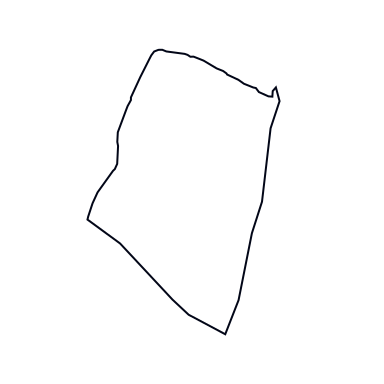 Dorra, Tadjourah, Djibouti, rotated 345°
{"feature_id": "41766387B22586556456338", "entity_name": "Dorra", "entity_type": "district", "adm_level": 2, "iso_a3": "DJI", "parent_name": "Djibouti", "parent_adm1": "Tadjourah", "projection": "orthographic", "projection_center": [42.487, 12.202], "detail": "fine", "context": "isolated", "style": "outline", "palette": "ink", "viewbox_px": 384, "rotation_deg": 345, "n_neighbors": 0, "source": "geoboundaries", "source_scale": "gbopen_adm2", "svg_char_len": 776}
<svg xmlns="http://www.w3.org/2000/svg" viewBox="0 0 384 384"><g transform="rotate(345 192 192)"><path d="M300.1,112.7L296.1,115.4L294.3,120.7L290.6,119.4L282.5,112.8L280.6,108.1L278.2,106.9L274.9,104.4L270.2,100.9L265.9,95.7L256.3,87.6L256.0,86.4L253.4,83.2L247.8,79.0L237.2,68.1L233.9,65.6L228.6,61.7L225.4,60.9L223.2,58.4L220.7,56.7L203.6,49.6L200.2,47.0L196.4,46.0L191.8,46.5L188.0,49.5L185.1,52.7L171.8,67.6L157.5,84.8L156.8,87.4L152.0,92.4L149.1,96.4L135.8,115.1L132.8,124.3L132.5,128.4L127.0,145.5L125.5,147.3L123.4,149.9L121.2,151.1L100.7,167.9L93.0,177.2L86.2,187.6L85.4,188.8L83.9,191.6L109.2,223.1L145.3,290.9L157.0,309.7L187.3,338.0L209.0,308.5L239.2,247.3L257.1,219.5L284.4,150.8L300.1,126.9L300.1,112.7Z" fill="none" stroke="#020617" stroke-width="2"/></g></svg>